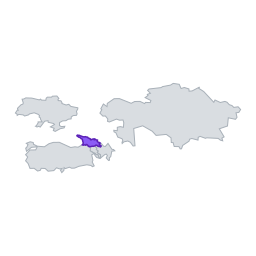 Georgia highlighted, Equal Earth projection
{"feature_id": "GEO", "entity_name": "Georgia", "entity_type": "country or territory", "adm_level": 0, "iso_a3": "GEO", "parent_name": "Asia", "parent_adm1": "", "projection": "equal_earth", "projection_center": [43.852, 42.32], "detail": "fine", "context": "with_neighbors", "style": "filled", "palette": "violet", "viewbox_px": 256, "rotation_deg": 0, "n_neighbors": 5, "source": "natural_earth", "source_scale": "50m", "svg_char_len": 5354}
<svg xmlns="http://www.w3.org/2000/svg" viewBox="0 0 256 256"><path d="M240.6,109.5L238.8,112.4L236.0,112.8L237.0,117.3L235.5,119.3L228.3,117.8L227.5,126.0L219.3,128.8L224.1,136.9L221.9,138.1L222.7,140.8L220.3,140.1L218.2,138.4L206.7,137.8L205.5,138.3L200.1,136.4L198.2,137.3L198.0,140.1L191.8,138.5L189.6,139.2L189.0,141.2L182.7,145.4L181.5,148.8L180.2,148.9L178.9,146.6L174.2,146.5L173.1,142.6L171.3,142.5L171.0,137.8L166.3,134.4L156.1,135.4L152.2,131.2L142.7,125.8L133.7,128.5L135.0,145.8L133.1,146.0L130.4,142.3L127.8,141.0L123.8,141.9L122.2,143.5L122.0,142.4L122.8,140.4L122.0,138.7L117.8,137.1L116.0,132.9L114.0,131.8L113.8,130.3L117.3,130.7L117.3,127.3L120.3,126.6L123.4,127.3L123.8,122.8L123.0,120.0L119.5,120.2L116.5,119.1L109.3,122.0L107.5,121.3L107.8,119.0L105.4,116.0L102.9,116.1L99.9,113.1L101.8,109.7L100.8,108.8L103.4,104.0L107.0,106.6L107.3,103.4L114.1,98.7L119.4,98.6L131.2,103.3L134.7,101.5L140.0,101.4L144.6,103.6L145.5,102.4L150.2,102.6L150.9,100.5L145.1,97.6L148.0,95.5L147.3,94.4L150.4,93.3L147.6,90.4L149.0,89.0L161.1,87.6L162.6,86.6L170.5,85.1L173.2,83.4L179.2,84.3L181.1,88.5L184.3,87.5L188.9,88.9L189.1,91.2L192.2,90.9L199.6,87.0L198.7,88.3L203.7,91.5L213.8,102.3L215.0,100.0L220.3,102.5L224.9,101.4L227.0,102.2L229.3,104.7L231.9,105.5L233.8,107.4L238.1,106.8L240.6,109.5Z" fill="#d9dde1" stroke="#a8b0b8" stroke-width="1"/><path d="M100.6,158.0L99.3,158.2L97.8,154.6L96.1,154.6L95.0,153.3L90.1,150.8L90.4,148.5L89.8,146.8L94.9,146.1L97.0,148.2L96.3,149.4L98.3,151.0L97.3,152.6L100.5,154.7L100.6,158.0Z" fill="#d9dde1" stroke="#a8b0b8" stroke-width="1"/><path d="M59.5,125.5L61.2,126.6L64.8,126.3L64.1,127.9L60.2,128.7L55.2,131.4L53.3,130.5L54.2,128.3L50.4,126.9L54.5,124.5L53.6,123.5L48.2,122.3L48.0,120.7L44.7,121.2L40.2,127.1L38.7,126.3L37.0,127.0L35.5,126.2L36.4,125.7L38.2,122.7L38.1,121.9L42.1,121.9L40.7,119.6L40.3,117.8L39.1,117.0L39.5,115.5L38.1,114.3L34.2,112.8L29.5,113.9L28.5,114.9L24.6,116.0L23.2,114.9L18.8,114.4L17.2,115.4L17.1,114.2L15.4,113.0L17.4,110.0L18.1,110.3L17.5,108.3L21.1,104.7L22.8,104.2L23.3,103.0L22.1,99.2L23.8,99.0L25.8,97.9L31.8,98.1L39.3,99.9L40.6,99.1L41.4,100.1L45.8,100.3L46.2,98.2L47.3,97.2L51.5,97.2L52.4,96.2L56.9,96.0L58.9,98.4L58.0,99.3L58.2,100.6L60.9,100.8L62.0,102.7L61.9,103.5L66.1,105.0L68.8,104.3L70.8,106.4L77.8,107.8L77.8,109.0L76.4,111.4L77.1,113.8L76.5,115.3L73.1,115.6L71.3,116.9L71.1,118.9L68.3,119.2L65.9,120.7L62.6,120.9L59.5,122.6L59.5,125.5Z" fill="#d9dde1" stroke="#a8b0b8" stroke-width="1"/><path d="M94.2,165.9L92.4,166.7L91.1,165.5L86.8,164.8L78.9,166.3L74.6,168.1L71.5,168.2L69.5,167.2L65.3,168.6L64.1,167.6L63.9,170.4L61.8,172.6L60.5,170.3L61.9,168.5L59.6,168.9L56.5,167.8L53.8,170.6L48.1,171.2L45.2,168.5L41.2,168.3L40.2,170.4L37.6,171.0L34.1,168.3L30.0,168.4L28.1,163.5L25.6,160.8L27.7,157.0L25.6,154.7L30.0,150.0L35.7,149.9L37.5,146.2L44.4,146.8L49.0,143.7L53.3,142.4L59.3,142.3L70.7,147.5L75.0,146.8L78.1,147.2L82.4,144.7L86.3,144.5L89.8,146.8L90.4,148.5L90.1,150.8L94.3,153.5L91.7,154.8L92.9,160.4L92.2,162.0L94.2,165.9ZM26.3,143.3L30.2,141.8L33.2,142.5L33.5,144.3L36.6,145.8L35.8,147.0L31.5,147.3L26.5,151.3L25.7,148.1L26.6,147.6L28.0,144.6L26.3,143.3Z" fill="#d9dde1" stroke="#a8b0b8" stroke-width="1"/><path d="M99.1,143.8L101.1,143.3L103.6,146.2L105.3,146.5L108.0,143.4L111.9,149.3L113.6,149.5L114.8,150.8L111.8,151.2L110.7,156.7L109.3,157.8L109.5,160.2L108.6,160.5L106.2,157.9L107.4,155.5L106.3,154.1L104.9,154.5L100.6,158.0L100.5,154.7L97.3,152.6L98.3,151.0L96.3,149.4L97.0,148.2L94.9,146.1L95.8,145.3L100.5,147.0L101.0,146.4L99.1,143.8ZM99.3,158.2L96.7,157.5L94.9,155.3L94.3,153.5L95.0,153.3L96.1,154.6L97.8,154.6L99.3,158.2Z" fill="#d9dde1" stroke="#a8b0b8" stroke-width="1"/><path d="M89.3,146.7L89.2,146.4L88.7,146.4L88.4,146.3L88.2,146.1L88.3,145.9L88.2,145.8L87.9,145.6L87.4,145.0L87.0,144.9L86.9,144.6L86.5,144.5L86.3,144.5L86.2,144.5L85.9,145.0L85.7,145.2L85.4,145.1L85.1,145.0L84.8,144.9L84.3,144.9L83.8,144.9L83.4,145.2L83.2,145.2L82.5,144.9L82.3,144.8L83.0,143.9L83.2,143.4L83.2,143.0L83.2,142.6L82.9,141.8L82.6,140.6L82.3,139.4L82.0,139.0L81.0,138.6L80.7,138.1L79.9,137.5L78.8,137.2L78.6,137.1L77.6,136.3L76.9,135.8L77.0,135.5L77.3,135.2L77.5,135.1L78.2,135.2L78.8,135.4L79.3,135.3L79.8,135.5L80.3,135.8L80.8,136.0L81.8,136.2L82.2,136.5L82.6,136.7L84.3,136.9L84.6,136.8L85.1,136.7L85.6,136.7L86.2,137.0L86.5,137.0L86.9,137.0L87.3,137.1L87.7,137.3L87.7,137.5L88.0,137.8L89.0,138.3L89.7,138.5L90.0,138.7L90.5,139.0L90.4,139.4L90.4,139.6L90.5,139.7L90.7,139.8L91.2,139.8L91.3,139.7L91.7,139.6L92.1,139.4L92.5,139.2L93.2,138.9L93.4,139.0L93.7,139.0L93.8,139.1L94.1,139.6L94.4,139.0L94.5,138.9L94.7,139.0L95.2,139.2L95.5,139.3L96.2,140.0L97.0,140.0L97.3,140.0L97.5,140.1L97.4,140.8L97.3,141.4L97.3,141.5L97.6,141.7L98.0,142.0L98.3,142.2L98.4,142.3L98.8,142.4L99.2,142.5L99.4,142.5L99.6,142.7L100.1,142.9L100.2,143.0L99.9,143.5L99.7,143.6L99.3,143.7L99.3,143.9L99.3,144.1L99.3,144.3L99.5,144.4L99.7,144.8L100.0,145.1L100.5,145.3L100.9,145.6L101.1,145.9L101.0,146.1L100.9,146.5L100.6,146.8L100.3,146.9L100.2,146.9L99.7,146.5L99.3,146.3L99.0,146.4L98.8,146.5L98.4,146.4L97.9,146.2L97.6,146.0L97.5,145.9L97.6,145.6L96.5,145.2L96.0,145.1L95.8,145.2L95.0,145.9L94.9,145.9L94.3,146.0L93.4,146.3L93.1,146.3L92.2,146.2L91.9,146.3L91.6,146.4L91.0,146.5L90.6,146.6L90.0,146.7L89.5,146.7L89.3,146.7Z" fill="#8b5cf6" stroke="#5b21b6" stroke-width="1.5"/></svg>